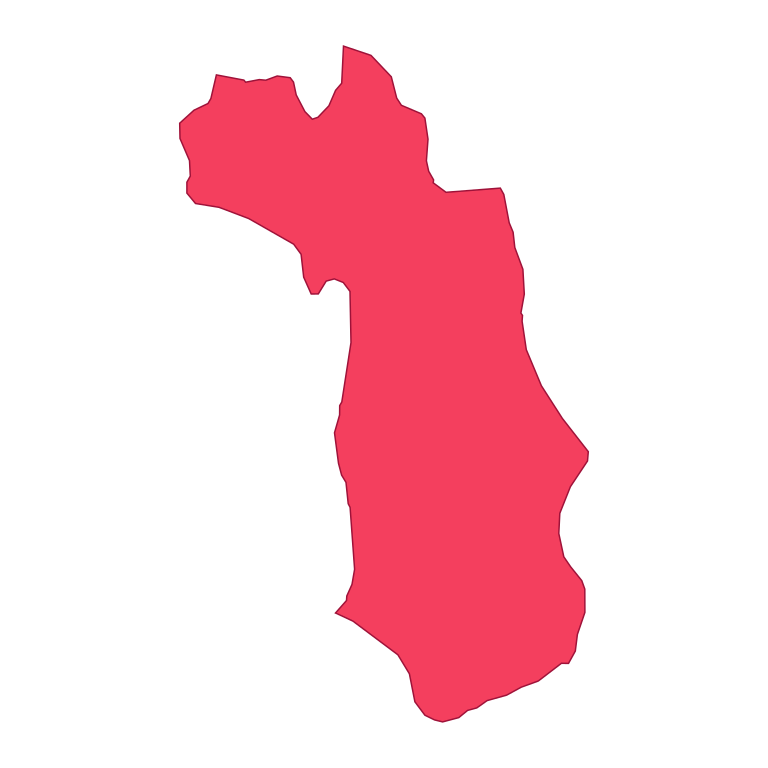 the district of Patzicía, Chimaltenango, Guatemala
{"feature_id": "79465075B67566663524639", "entity_name": "Patzicía", "entity_type": "district", "adm_level": 2, "iso_a3": "GTM", "parent_name": "Guatemala", "parent_adm1": "Chimaltenango", "projection": "equal_earth", "projection_center": [-90.946, 14.636], "detail": "fine", "context": "isolated", "style": "filled", "palette": "rose", "viewbox_px": 768, "rotation_deg": 0, "n_neighbors": 0, "source": "geoboundaries", "source_scale": "gbopen_adm2", "svg_char_len": 1388}
<svg xmlns="http://www.w3.org/2000/svg" viewBox="0 0 768 768"><path d="M568.5,663.4L575.3,651.1L577.4,634.4L584.9,612.4L584.8,589.1L581.8,580.7L570.7,566.9L563.8,556.8L558.8,533.5L559.8,513.3L570.4,486.7L587.5,461.0L588.3,451.7L562.4,418.5L541.4,385.8L526.3,349.7L522.1,321.2L522.5,315.4L520.9,313.1L524.3,294.1L522.9,269.3L514.8,247.5L513.1,232.2L509.2,222.8L503.8,194.4L500.3,188.1L446.0,192.3L433.2,182.8L433.6,179.9L428.7,171.3L426.4,160.8L428.0,139.2L424.9,118.1L421.4,113.8L401.4,105.3L396.7,98.1L391.3,76.8L371.0,55.4L343.5,46.1L341.7,83.2L335.6,90.3L328.9,105.8L317.9,117.3L312.3,119.2L304.9,111.6L296.2,94.9L293.5,82.1L290.2,77.7L277.2,76.0L265.8,80.2L259.3,79.6L245.6,82.2L243.9,80.1L216.4,74.9L210.9,98.5L208.0,103.5L194.0,110.2L179.7,123.2L180.0,138.5L189.5,160.6L190.3,176.1L186.9,182.2L186.9,193.1L195.5,203.5L219.0,207.3L248.6,218.5L293.7,244.2L301.1,254.3L303.7,277.2L311.2,294.0L318.3,293.9L326.2,281.1L334.3,278.9L343.3,282.5L350.0,291.4L351.0,342.6L341.8,402.0L339.7,405.6L339.6,415.0L334.5,432.8L338.5,463.3L341.6,475.1L346.0,482.4L348.2,503.7L350.1,507.4L354.6,569.3L352.0,584.4L346.8,596.0L346.5,600.5L335.5,613.0L352.9,621.1L397.9,654.8L409.4,673.8L414.9,701.8L424.9,715.2L434.5,719.9L442.6,721.9L458.8,717.6L467.6,710.4L476.8,707.9L487.1,700.6L506.7,695.1L521.2,687.2L538.3,681.0L561.4,663.3L568.5,663.4Z" fill="#f43f5e" stroke="#9f1239" stroke-width="1.5"/></svg>